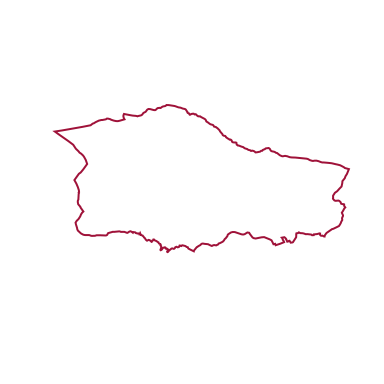 outline of Cristioru De Jos, Bihor, Romania, rotated 202°
{"feature_id": "2599482B34399492593990", "entity_name": "Cristioru De Jos", "entity_type": "district", "adm_level": 2, "iso_a3": "ROU", "parent_name": "Romania", "parent_adm1": "Bihor", "projection": "natural_earth1", "projection_center": [22.603, 46.434], "detail": "fine", "context": "isolated", "style": "outline", "palette": "rose", "viewbox_px": 384, "rotation_deg": 202, "n_neighbors": 0, "source": "geoboundaries", "source_scale": "gbopen_adm2", "svg_char_len": 6028}
<svg xmlns="http://www.w3.org/2000/svg" viewBox="0 0 384 384"><g transform="rotate(202 192 192)"><path d="M284.3,238.9L284.3,237.5L283.9,236.3L282.9,235.0L281.8,234.1L285.6,231.1L287.3,229.9L289.0,229.3L291.2,228.9L294.2,228.7L294.8,228.9L297.2,228.6L298.4,228.2L299.1,227.1L302.2,225.1L303.0,224.8L305.1,223.3L307.5,220.7L308.8,218.9L309.7,218.2L311.0,215.9L317.9,211.4L335.7,200.3L341.8,196.7L338.3,195.8L325.8,192.9L319.8,191.3L315.9,188.6L312.4,187.2L311.1,186.4L309.1,186.0L306.6,185.0L305.2,184.1L302.5,181.9L299.7,178.7L301.3,172.2L302.5,168.4L303.7,166.5L305.5,159.0L302.3,156.4L299.6,153.7L297.6,151.3L296.9,150.1L296.9,149.1L296.4,148.8L296.4,147.9L294.5,142.3L294.6,141.4L294.2,140.0L292.9,138.0L290.0,136.5L289.6,135.9L285.4,133.2L286.1,131.7L286.5,129.7L286.5,127.4L287.1,124.4L288.1,122.1L288.5,120.0L287.4,118.4L285.0,115.5L284.6,114.7L283.4,113.5L279.5,112.0L277.1,111.7L275.9,111.8L274.8,112.1L272.4,113.1L270.9,113.6L269.3,113.6L268.4,113.8L265.5,115.1L264.3,116.1L261.7,117.2L255.6,119.4L255.3,119.6L254.6,120.5L254.5,121.0L254.5,122.1L254.3,122.5L250.4,125.5L249.4,125.8L245.0,128.1L244.2,128.4L242.9,128.4L239.8,129.7L236.9,129.8L236.5,130.0L235.2,131.9L234.2,132.6L233.2,132.5L231.6,132.1L231.6,132.8L229.6,133.3L229.0,133.2L228.7,132.9L226.9,133.1L226.6,133.4L226.2,133.5L226.0,133.4L225.5,133.7L224.7,133.9L224.6,134.0L224.6,134.3L224.2,133.9L224.3,133.2L224.0,133.3L223.5,132.9L222.8,133.2L222.1,133.0L221.4,133.1L221.1,132.8L220.2,132.5L219.5,131.9L218.3,131.5L217.0,130.5L215.5,130.0L215.3,130.1L214.4,131.3L213.2,131.5L210.8,130.6L210.6,130.8L210.6,132.1L210.0,132.5L210.0,133.5L209.2,133.7L208.7,133.3L208.3,133.2L206.4,133.2L205.3,132.8L204.3,132.8L203.7,132.1L203.0,131.8L201.9,131.9L201.5,131.6L201.2,131.3L201.2,130.6L200.4,130.3L200.1,129.8L199.7,128.6L199.6,126.5L199.2,126.3L198.8,126.7L198.4,127.4L198.0,129.4L197.7,129.7L196.8,130.0L196.4,130.6L195.8,130.5L195.1,129.8L194.6,129.6L194.2,130.1L192.4,129.7L192.2,129.1L192.2,128.8L192.8,127.7L192.7,127.3L192.2,127.1L191.8,127.5L191.5,128.7L189.8,131.9L188.9,132.4L187.8,132.4L187.4,132.6L186.9,133.4L186.8,134.5L185.9,135.4L185.6,135.4L184.7,135.3L184.4,135.4L183.5,136.2L183.4,136.7L183.5,137.7L183.2,137.9L181.8,137.8L181.6,137.9L181.4,138.6L180.9,139.0L178.1,139.4L177.2,139.3L176.5,139.0L175.2,139.2L174.6,138.5L174.1,138.2L172.3,138.0L168.1,137.7L168.2,138.3L168.1,138.9L166.9,142.7L166.5,143.0L165.9,144.1L164.4,145.9L163.9,147.2L163.2,148.0L162.5,148.3L161.0,148.6L157.6,149.6L155.0,149.4L153.4,149.4L152.8,150.0L152.4,150.6L151.3,151.2L150.2,151.4L149.4,151.7L149.3,152.0L148.4,152.8L148.1,153.3L148.0,154.2L146.9,155.1L144.9,157.4L144.2,159.1L144.1,160.3L143.7,161.3L143.4,161.7L143.0,163.4L142.7,163.9L142.8,165.9L142.5,166.5L140.7,169.1L139.2,170.2L137.2,170.9L130.3,171.3L128.7,171.7L127.4,172.6L125.5,175.2L123.7,175.6L122.7,174.8L119.0,172.6L117.7,172.3L115.6,172.7L110.6,176.0L108.2,177.2L102.0,177.2L100.2,177.0L99.0,176.0L96.9,174.1L95.5,175.1L94.5,174.0L90.8,177.1L87.8,180.0L88.4,180.7L89.9,181.7L90.7,182.8L91.6,183.3L89.4,184.7L88.1,184.3L87.1,183.4L86.9,183.5L85.1,181.6L84.6,181.8L83.9,182.9L83.3,183.3L81.5,182.0L79.9,182.9L79.6,183.3L78.7,188.0L78.5,189.0L78.9,190.3L79.6,192.0L79.7,192.8L78.3,193.6L77.8,194.6L76.2,194.4L74.4,195.1L72.8,195.4L70.7,195.5L69.2,196.2L65.5,197.2L64.5,196.9L63.0,197.6L63.2,198.3L60.2,199.9L58.3,201.4L57.7,201.5L57.4,200.4L56.7,200.0L56.2,199.8L55.3,200.0L54.8,200.4L52.8,200.2L52.4,200.4L52.7,201.1L52.5,202.0L52.1,203.8L51.8,204.6L48.2,210.1L47.2,210.8L44.3,214.0L43.0,215.5L42.6,217.4L42.4,219.3L42.5,220.2L42.2,222.4L42.7,223.2L43.1,224.0L43.1,225.1L43.0,226.0L43.1,226.6L43.3,227.0L45.3,228.9L44.9,231.1L44.6,233.9L44.1,235.1L45.4,235.9L45.8,236.3L46.3,237.5L46.7,237.6L47.5,237.2L49.3,237.0L50.5,238.3L52.1,238.9L53.0,238.9L55.6,237.6L56.7,237.5L57.6,237.9L58.8,238.6L59.1,239.8L59.7,241.1L59.8,241.5L59.2,244.8L57.7,247.1L56.6,250.2L55.4,253.1L56.0,256.6L56.6,258.4L55.5,262.0L55.6,264.0L55.1,266.8L55.1,272.0L59.3,271.5L60.5,271.9L64.6,272.3L67.6,271.9L69.2,271.6L73.2,271.0L76.1,270.2L80.4,268.9L82.2,268.2L83.8,268.0L86.2,268.0L88.2,267.7L89.3,267.3L90.4,266.8L91.3,266.2L92.2,265.9L94.7,265.7L96.9,266.0L98.3,265.8L108.9,262.7L112.5,261.4L114.4,260.9L117.1,260.8L119.1,260.4L119.9,260.0L120.7,259.4L121.5,259.0L122.3,258.9L124.4,259.0L127.7,260.0L128.8,259.8L130.1,260.1L130.9,260.1L133.1,259.7L133.7,259.7L134.5,259.9L136.1,261.2L137.4,261.5L139.9,260.1L140.2,259.7L140.5,259.0L141.0,258.6L142.1,257.5L142.3,256.6L143.3,256.1L144.0,254.9L146.9,253.0L148.0,252.5L148.6,252.8L149.8,253.1L151.4,253.0L152.6,252.2L152.9,252.2L153.3,252.5L155.4,252.2L156.4,252.3L156.8,252.5L159.1,252.3L159.7,252.3L161.2,252.8L163.4,252.6L165.7,252.6L167.0,252.3L167.4,252.6L168.2,252.6L168.4,252.8L169.3,254.3L169.5,254.3L170.1,254.3L171.5,253.7L172.8,253.4L173.2,253.4L173.9,253.8L174.5,254.6L175.4,255.0L176.1,255.0L176.3,254.7L176.8,254.6L177.6,254.9L178.7,255.0L180.9,255.5L181.4,256.0L182.3,256.4L183.4,256.1L184.5,256.2L184.8,256.3L185.7,257.2L186.8,257.7L188.7,258.7L189.5,259.5L192.3,260.7L193.8,261.0L194.2,261.2L196.0,260.9L197.0,261.7L197.8,262.0L200.3,261.7L201.3,261.9L203.4,262.5L204.9,262.7L205.4,263.0L205.6,263.4L206.5,264.1L207.6,264.5L211.6,264.9L212.7,265.2L213.0,265.1L213.3,264.9L214.1,264.8L214.5,264.5L214.8,264.5L215.7,264.7L217.5,265.5L217.8,265.5L218.5,264.9L218.8,264.9L219.6,265.2L220.1,265.1L220.8,264.8L221.2,264.4L221.9,264.1L222.4,263.2L223.0,262.8L223.5,263.0L224.0,263.6L224.4,263.8L225.5,263.7L226.1,264.0L226.4,264.7L227.1,265.0L228.6,266.1L229.7,266.3L231.8,265.9L234.2,265.9L236.3,265.4L239.3,265.3L240.4,265.2L246.0,263.9L248.2,263.1L248.7,262.1L249.1,261.6L250.7,260.6L251.3,260.1L252.1,259.0L252.5,258.2L252.8,258.0L253.8,257.8L255.4,256.8L256.5,254.4L257.0,254.0L258.4,253.6L261.8,253.2L263.4,252.7L264.2,251.8L264.5,251.1L264.8,249.8L265.1,248.9L266.5,247.3L266.8,246.7L267.1,245.2L267.4,244.7L268.0,243.9L270.5,242.2L270.8,241.8L272.4,241.6L275.7,240.6L278.5,240.0L283.1,239.1L284.3,238.9Z" fill="none" stroke="#9f1239" stroke-width="2"/></g></svg>